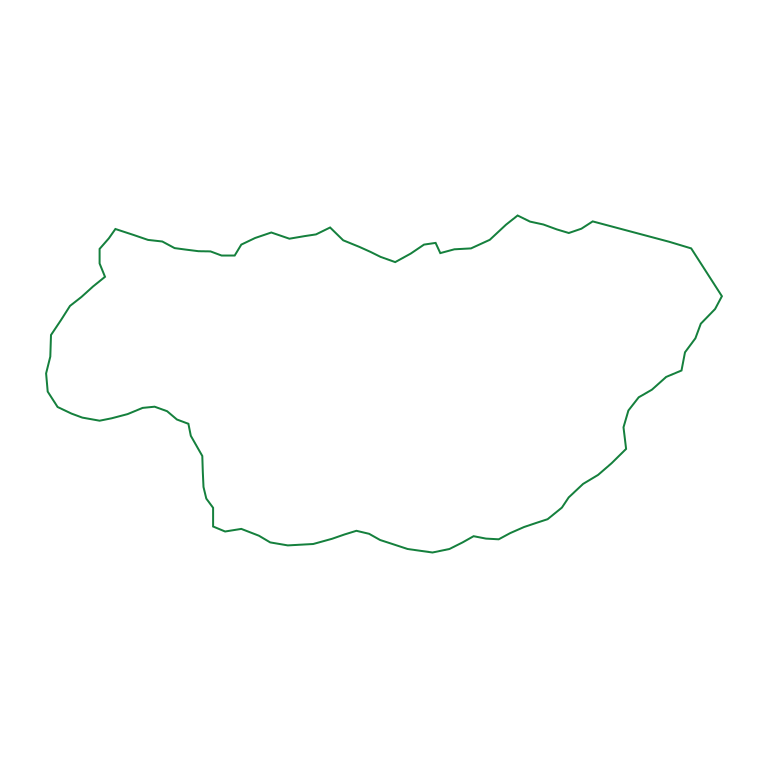 Alagoa Nova, Paraíba, Brazil (Albers equal-area conic projection)
{"feature_id": "56859067B38668562827759", "entity_name": "Alagoa Nova", "entity_type": "district", "adm_level": 2, "iso_a3": "BRA", "parent_name": "Brazil", "parent_adm1": "Paraíba", "projection": "albers", "projection_center": [-35.775, -7.065], "detail": "fine", "context": "isolated", "style": "outline", "palette": "green", "viewbox_px": 768, "rotation_deg": 0, "n_neighbors": 0, "source": "geoboundaries", "source_scale": "gbopen_adm2", "svg_char_len": 1433}
<svg xmlns="http://www.w3.org/2000/svg" viewBox="0 0 768 768"><path d="M691.2,248.4L669.3,241.8L592.7,221.4L581.4,228.7L568.8,233.0L556.8,229.4L543.4,224.5L530.0,221.6L517.6,215.5L506.0,224.7L489.8,239.8L471.0,248.4L454.4,249.3L440.3,253.1L435.6,242.9L424.0,244.6L410.7,253.6L395.2,262.1L380.6,256.9L370.5,251.9L359.4,246.9L343.2,240.3L330.1,227.5L316.0,234.4L304.7,236.1L289.4,238.7L271.3,232.5L255.1,238.0L241.3,244.6L234.7,255.5L221.5,255.5L210.5,251.4L198.5,251.2L185.8,249.6L174.6,248.1L162.3,241.5L148.0,239.9L133.4,234.9L115.4,229.0L108.8,238.4L99.6,248.9L99.6,263.5L105.0,276.8L93.0,286.5L81.5,296.9L70.0,305.9L61.1,319.9L51.0,335.0L50.3,356.6L46.1,373.4L47.7,391.6L57.6,407.0L71.5,413.6L82.3,417.6L99.6,420.7L111.6,418.3L127.6,414.1L142.6,407.9L154.6,406.7L167.1,411.2L176.9,419.5L188.4,423.8L190.8,435.8L202.3,456.0L202.8,471.8L203.5,487.0L206.3,498.6L213.1,507.8L213.1,526.5L225.1,531.5L241.3,528.9L258.9,535.7L270.2,542.4L287.8,545.4L313.2,544.0L332.0,538.8L344.4,534.5L356.4,530.8L369.1,533.8L380.1,540.0L390.9,543.5L407.6,549.0L432.5,552.5L449.4,549.0L462.6,542.4L473.6,536.2L486.0,538.6L498.7,539.3L510.2,533.1L524.1,527.0L536.3,522.9L547.6,519.2L561.9,507.6L568.7,497.4L583.1,483.9L598.1,474.9L611.5,463.3L626.1,448.9L623.5,427.3L628.4,410.5L638.7,397.3L651.9,389.7L666.2,376.9L681.5,370.5L685.0,352.3L695.4,338.3L700.8,323.7L715.1,309.0L721.9,296.2L691.2,248.4Z" fill="none" stroke="#15803d" stroke-width="2"/></svg>